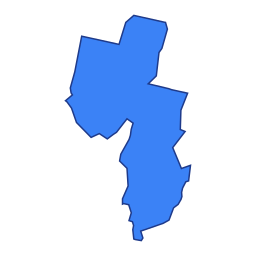 Sagadahoc, Maine, United States of America
{"feature_id": "52423323B29513042802619", "entity_name": "Sagadahoc", "entity_type": "district", "adm_level": 2, "iso_a3": "USA", "parent_name": "United States of America", "parent_adm1": "Maine", "projection": "albers", "projection_center": [-69.847, 43.935], "detail": "fine", "context": "isolated", "style": "filled", "palette": "blue", "viewbox_px": 256, "rotation_deg": 0, "n_neighbors": 0, "source": "geoboundaries", "source_scale": "gbopen_adm2", "svg_char_len": 905}
<svg xmlns="http://www.w3.org/2000/svg" viewBox="0 0 256 256"><path d="M81.7,36.2L74.8,71.8L70.3,88.0L71.1,92.9L72.4,94.9L65.5,100.7L67.0,101.9L71.5,108.1L76.5,122.5L91.1,137.4L99.3,133.6L107.3,138.9L113.3,134.4L116.5,132.3L127.0,118.8L133.1,123.1L131.2,129.4L130.4,135.3L129.1,139.4L120.8,154.2L119.6,161.0L127.0,168.3L128.1,186.0L122.5,198.8L122.5,204.1L123.7,203.6L128.7,204.7L131.3,212.8L129.0,220.6L132.4,221.7L133.6,225.5L132.8,229.7L133.8,239.0L135.1,239.5L141.3,240.6L142.9,238.0L140.7,231.1L163.2,223.3L169.0,220.1L173.6,207.8L178.1,204.4L181.0,199.4L181.9,196.6L181.6,192.4L182.6,188.0L185.8,181.8L188.6,180.9L190.5,165.3L181.4,168.5L172.7,147.6L185.1,131.5L180.3,129.5L180.9,110.2L187.6,93.2L171.6,89.7L168.8,88.7L148.2,83.8L156.3,75.9L159.0,52.5L161.9,48.4L167.4,29.1L165.5,22.4L164.3,22.2L133.8,15.4L125.8,22.4L119.0,44.4L81.7,36.2Z" fill="#3b82f6" stroke="#1e3a8a" stroke-width="1.5"/></svg>